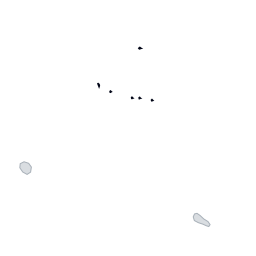 Maldives, with Alifu Dhaalu highlighted, rotated 101°
{"feature_id": "MDV-5232", "entity_name": "Alifu Dhaalu", "entity_type": "Atoll", "adm_level": 1, "iso_a3": "MDV", "parent_name": "Maldives", "parent_adm1": "", "projection": "orthographic", "projection_center": [72.869, 3.67], "detail": "coarse", "context": "in_parent", "style": "filled", "palette": "ink", "viewbox_px": 256, "rotation_deg": 101, "n_neighbors": 0, "source": "natural_earth", "source_scale": "10m", "svg_char_len": 1029}
<svg xmlns="http://www.w3.org/2000/svg" viewBox="0 0 256 256"><g transform="rotate(101 128 128)"><path d="M206.2,45.2L202.8,47.0L199.7,46.3L198.6,44.0L200.1,40.6L202.8,36.3L204.6,31.6L207.2,29.0L209.3,29.9L209.0,32.5L208.1,36.2L207.5,40.9L206.2,45.2ZM187.7,226.6L183.6,227.0L181.0,223.6L181.6,218.8L184.8,215.4L189.9,215.2L192.8,218.2L191.3,222.9L187.7,226.6Z" fill="#d9dde1" stroke="#a8b0b8" stroke-width="1"/><path d="M93.0,164.3L89.8,166.3L90.6,164.9L91.4,164.3L92.2,164.2L93.0,164.3ZM47.3,130.3L47.6,131.0L48.0,131.4L48.2,131.9L47.7,132.6L46.7,132.0L46.7,131.5L47.1,130.9L47.3,130.3ZM97.7,128.9L97.9,129.4L98.3,129.7L98.3,129.9L97.6,130.3L97.0,130.0L97.1,129.7L97.4,129.4L97.7,128.9ZM95.6,151.3L95.9,151.7L96.3,152.0L96.3,152.3L95.6,152.6L95.0,152.3L95.1,152.0L95.4,151.7L95.6,151.3ZM96.2,108.9L96.4,109.4L96.8,109.7L96.8,109.9L96.1,110.3L95.5,109.9L96.2,108.9ZM96.4,121.5L96.6,122.0L97.0,122.2L97.1,122.5L96.3,122.9L95.7,122.5L95.8,122.2L96.2,122.0L96.4,121.5Z" fill="#0f172a" stroke="#020617" stroke-width="1.5"/></g></svg>